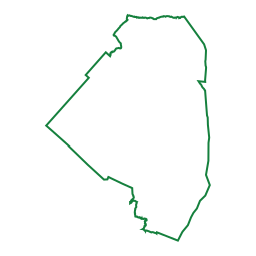 outline of General Lavalle, Buenos Aires, Argentina
{"feature_id": "61730980B99537515777431", "entity_name": "General Lavalle", "entity_type": "district", "adm_level": 2, "iso_a3": "ARG", "parent_name": "Argentina", "parent_adm1": "Buenos Aires", "projection": "mercator", "projection_center": [-56.914, -36.675], "detail": "fine", "context": "isolated", "style": "outline", "palette": "green", "viewbox_px": 256, "rotation_deg": 0, "n_neighbors": 0, "source": "geoboundaries", "source_scale": "gbopen_adm2", "svg_char_len": 5326}
<svg xmlns="http://www.w3.org/2000/svg" viewBox="0 0 256 256"><path d="M177.9,240.6L181.9,232.8L182.6,231.6L187.9,225.2L188.1,224.7L191.0,217.4L193.4,212.9L196.9,208.5L200.0,200.8L205.3,195.6L209.8,185.1L206.0,174.9L208.4,160.8L208.5,144.9L208.5,142.9L209.2,137.6L207.9,124.8L207.7,117.5L207.0,115.4L205.1,90.5L204.8,90.4L204.0,88.9L202.6,87.5L201.8,86.2L201.6,85.5L200.8,84.3L200.1,83.7L198.5,81.2L205.2,81.9L205.1,80.1L206.1,67.7L206.0,66.9L205.6,65.6L205.3,61.3L205.6,59.5L206.0,50.5L205.9,49.9L204.1,44.3L184.1,16.5L183.2,16.8L182.9,16.8L182.9,16.7L182.8,16.9L182.5,16.8L182.2,16.8L182.0,16.7L181.5,16.8L181.3,17.0L180.6,17.3L180.5,17.5L180.4,17.6L180.3,17.8L180.0,17.7L180.0,17.9L179.8,17.9L179.2,18.1L179.1,17.6L178.4,17.3L178.0,17.0L177.6,16.9L177.4,17.0L177.2,17.2L176.5,17.4L176.2,17.8L176.1,17.6L175.6,17.5L175.2,17.5L174.7,17.6L174.5,17.8L173.8,17.8L173.2,17.7L172.8,17.4L172.3,17.2L172.0,17.0L171.6,16.9L171.4,16.7L171.2,16.8L170.8,16.7L170.4,16.9L169.3,16.5L169.2,16.3L167.5,16.1L166.7,16.1L166.0,16.4L165.6,16.7L165.0,16.4L164.9,16.3L163.8,16.2L163.4,16.2L163.2,16.4L163.0,16.7L162.2,16.6L161.6,16.7L161.1,16.8L160.7,16.9L159.9,17.2L159.1,17.7L158.4,17.7L158.1,17.9L157.6,18.0L157.4,18.1L156.8,18.3L156.4,18.7L156.2,19.1L153.8,19.1L153.2,18.7L152.9,18.3L152.5,18.3L152.2,18.1L151.6,17.8L151.3,17.8L150.5,17.6L149.7,17.6L149.4,17.8L149.0,18.1L148.4,18.0L147.7,18.1L147.2,18.4L145.9,17.7L145.4,17.6L144.7,17.6L144.3,17.9L143.7,17.9L143.2,17.6L142.8,17.8L142.5,17.7L142.3,17.5L142.1,17.7L141.4,17.8L140.7,17.6L140.2,17.8L139.9,17.8L139.5,17.8L139.2,17.9L138.9,17.9L138.7,17.8L138.7,17.6L138.4,17.5L138.4,17.4L137.9,17.5L137.6,17.4L137.4,17.3L137.4,17.5L136.8,17.6L136.7,17.4L136.0,17.0L135.2,17.0L134.6,16.6L134.4,16.7L134.3,16.9L133.4,16.7L132.9,16.5L132.7,16.3L131.7,16.1L131.2,15.9L130.9,16.0L130.5,15.9L130.0,15.6L129.5,15.5L129.4,15.4L129.1,15.4L128.8,15.4L128.4,15.8L128.1,15.9L127.6,15.4L127.2,16.2L126.8,18.8L126.9,19.3L127.0,19.5L127.3,19.7L127.5,19.8L127.4,20.2L126.7,20.5L126.3,20.7L126.3,21.2L125.5,21.7L125.2,21.7L124.9,21.9L124.7,22.2L124.3,22.5L123.5,23.0L123.2,23.3L122.7,23.7L122.5,24.1L121.5,25.0L120.3,26.1L120.0,26.9L119.6,27.4L118.7,28.3L117.5,29.8L116.3,31.1L115.3,32.0L114.7,32.9L114.5,33.7L114.1,34.1L113.7,34.5L113.7,35.3L114.1,35.7L114.8,35.8L115.4,36.1L116.2,36.7L116.5,37.4L116.9,38.0L117.2,38.5L117.3,38.7L118.7,41.1L119.5,42.2L120.8,43.4L120.8,44.4L121.2,46.3L121.2,47.3L121.2,47.7L121.0,48.1L120.8,48.3L120.6,48.4L120.1,48.3L119.9,48.4L118.8,47.9L118.5,48.0L117.9,48.2L116.4,48.4L116.0,48.7L115.7,49.2L115.5,49.4L115.3,49.9L115.0,50.3L114.6,50.5L114.4,50.9L114.4,51.1L114.0,51.5L113.4,51.7L113.1,51.8L112.9,51.8L112.4,51.5L112.2,51.6L112.6,52.0L112.4,52.2L111.5,52.6L110.9,52.6L110.7,52.7L110.5,53.0L110.3,53.7L110.6,54.4L110.5,55.2L110.1,56.2L105.8,52.3L85.7,75.0L88.8,77.8L46.2,125.6L57.2,135.3L69.1,145.9L68.7,146.4L73.1,150.6L87.9,164.9L104.0,179.6L107.4,179.4L108.4,177.0L122.2,183.6L132.2,188.1L132.5,194.0L132.8,194.5L132.8,194.8L132.9,195.0L133.2,195.3L133.3,195.5L133.3,196.1L133.5,196.3L133.5,196.6L133.8,197.1L133.8,197.5L133.4,198.4L132.8,198.9L132.8,199.1L132.6,199.1L132.3,199.4L132.1,199.5L131.9,199.7L131.8,199.8L131.9,200.0L131.7,200.1L131.4,200.2L130.9,201.1L130.8,201.4L130.4,201.8L130.3,202.0L130.1,202.0L130.1,203.3L130.4,203.1L130.9,203.0L131.3,202.7L131.7,202.1L132.2,201.4L132.5,201.1L132.9,200.9L133.0,200.7L133.6,200.8L133.9,200.7L134.2,200.7L134.4,200.8L135.1,200.9L135.4,201.1L135.8,201.5L136.6,201.7L136.9,201.9L136.7,202.1L136.7,202.5L136.6,203.0L136.6,203.5L136.3,204.0L136.2,204.1L136.1,204.5L136.2,204.8L136.1,205.5L136.1,206.0L136.2,206.5L136.3,206.6L136.3,206.9L136.2,207.3L135.9,207.6L135.7,207.8L135.5,208.1L135.4,208.4L135.2,208.7L135.2,209.2L135.3,209.6L135.2,209.8L135.0,210.1L135.0,210.7L134.9,211.1L134.9,211.3L134.8,211.9L134.8,212.2L134.9,212.5L134.8,212.8L135.0,213.0L135.1,213.6L135.0,213.8L135.1,214.0L135.1,214.4L135.0,214.5L135.1,215.0L135.2,215.3L135.4,215.8L135.4,216.1L135.3,216.4L135.4,216.6L135.5,216.6L136.2,216.4L136.6,216.6L137.0,216.9L137.2,216.7L137.4,216.7L137.5,216.8L137.4,217.0L137.7,217.2L138.8,217.6L139.4,217.6L139.5,217.4L139.8,217.6L140.0,217.5L140.3,217.9L140.6,217.9L140.6,218.3L141.0,218.5L141.1,218.4L141.4,218.4L141.4,218.5L141.6,218.9L141.9,218.9L142.0,218.6L142.1,218.9L142.9,218.9L143.4,219.0L143.7,218.9L143.6,218.7L144.7,218.5L145.0,218.7L145.9,218.8L146.5,219.3L146.6,220.1L146.6,220.4L146.4,220.6L146.2,220.6L145.6,220.6L145.4,220.5L144.9,221.1L144.8,221.4L144.8,221.7L145.1,222.3L145.0,223.1L144.9,223.6L145.1,223.9L145.3,224.0L145.2,224.1L145.3,224.3L145.7,224.2L145.8,224.4L145.8,224.6L145.7,224.6L145.4,224.9L145.6,225.6L145.3,225.9L144.5,226.0L144.4,226.1L144.4,226.4L144.6,226.5L144.6,226.8L144.3,227.1L144.0,227.6L144.0,228.0L143.8,228.4L143.7,228.6L143.4,228.7L142.9,229.0L143.1,229.0L143.2,228.9L143.2,229.0L143.4,229.5L143.9,229.8L144.3,230.1L144.6,230.2L144.7,230.5L144.8,230.5L145.0,230.5L145.3,230.8L145.4,231.0L145.5,230.6L146.1,230.5L146.3,230.7L147.2,230.7L148.6,231.2L149.3,231.5L149.5,231.5L149.8,231.8L150.5,232.0L151.2,232.4L151.5,232.4L151.7,232.2L152.0,232.1L152.6,232.1L152.9,232.2L153.1,232.2L154.0,232.6L154.5,232.7L154.8,232.9L155.7,233.0L156.4,233.5L156.4,233.2L156.8,233.1L157.0,232.9L157.1,232.6L157.1,232.4L177.9,240.6Z" fill="none" stroke="#15803d" stroke-width="2"/></svg>